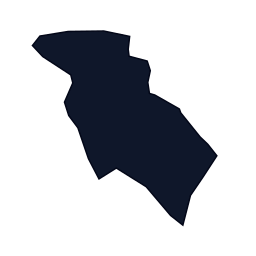 map outline of Eastern Tobago (Mercator projection), rotated 263°
{"feature_id": "TTO-50", "entity_name": "Eastern Tobago", "entity_type": "Region", "adm_level": 1, "iso_a3": "TTO", "parent_name": "Trinidad and Tobago", "parent_adm1": "", "projection": "mercator", "projection_center": [-60.599, 11.278], "detail": "fine", "context": "isolated", "style": "filled", "palette": "ink", "viewbox_px": 256, "rotation_deg": 263, "n_neighbors": 0, "source": "natural_earth", "source_scale": "10m", "svg_char_len": 534}
<svg xmlns="http://www.w3.org/2000/svg" viewBox="0 0 256 256"><g transform="rotate(263 128 128)"><path d="M81.0,93.0L102.4,85.0L134.3,78.3L147.6,70.7L161.4,68.1L179.4,78.7L187.7,77.7L209.3,52.1L221.5,43.2L230.0,51.8L231.1,80.4L227.2,115.8L218.7,140.8L206.1,137.8L199.1,137.8L192.1,155.2L182.2,157.1L170.9,153.2L159.7,153.5L157.5,158.6L140.6,181.3L136.6,182.2L110.3,198.5L102.1,205.2L89.6,212.8L69.8,196.1L53.5,181.8L24.9,170.6L36.0,159.6L67.5,138.9L89.7,111.5L81.0,93.0Z" fill="#0f172a" stroke="#020617" stroke-width="1.5"/></g></svg>